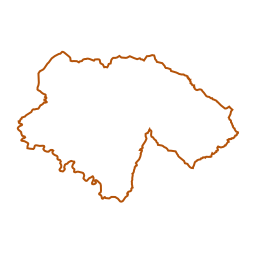 outline of Thaba-Mokhele, Mohale's Hoek, Lesotho, rotated 272°
{"feature_id": "5366337B93418008192528", "entity_name": "Thaba-Mokhele", "entity_type": "district", "adm_level": 2, "iso_a3": "LSO", "parent_name": "Lesotho", "parent_adm1": "Mohale's Hoek", "projection": "natural_earth1", "projection_center": [27.545, -30.078], "detail": "fine", "context": "isolated", "style": "outline", "palette": "amber", "viewbox_px": 256, "rotation_deg": 272, "n_neighbors": 0, "source": "geoboundaries", "source_scale": "gbopen_adm2", "svg_char_len": 5802}
<svg xmlns="http://www.w3.org/2000/svg" viewBox="0 0 256 256"><g transform="rotate(272 128 128)"><path d="M201.4,151.6L201.7,149.6L200.7,147.0L200.4,144.3L196.0,141.6L197.0,139.9L197.1,138.4L198.1,137.4L197.1,134.7L198.1,131.6L199.8,127.3L198.3,124.7L198.0,123.4L198.2,118.9L199.7,116.9L198.1,114.6L197.6,112.8L197.6,110.8L196.6,109.7L195.3,108.9L191.9,108.4L191.3,106.5L189.1,105.8L187.9,105.1L188.2,103.5L187.9,102.1L190.5,100.7L191.7,98.3L193.0,97.8L194.9,97.4L195.5,96.7L195.6,95.1L195.3,92.5L194.1,91.6L195.6,87.3L195.9,85.7L195.9,84.7L195.5,83.8L195.4,82.3L194.9,80.9L194.1,80.1L193.3,79.6L192.8,77.4L191.9,76.6L193.0,74.5L193.0,71.0L192.8,69.8L193.2,68.3L195.9,67.9L197.0,67.1L201.3,61.5L201.8,60.3L201.8,59.5L199.9,57.8L199.6,56.3L197.3,52.3L194.9,49.3L190.6,46.4L189.6,45.3L184.5,42.1L183.4,41.0L181.6,37.9L179.4,36.6L170.1,37.3L167.6,37.0L165.4,36.2L163.3,36.2L162.6,37.0L161.7,39.0L160.7,40.0L159.6,41.5L158.8,43.3L158.7,44.0L158.3,44.5L156.4,44.6L156.3,44.1L156.0,43.9L155.6,44.3L155.6,45.2L155.2,45.4L154.8,45.2L154.5,44.6L153.5,44.4L153.4,43.4L153.1,43.4L152.7,44.8L151.8,45.1L151.1,45.9L150.8,45.7L150.7,44.3L150.4,44.1L150.7,43.4L150.5,43.1L149.1,42.1L147.9,40.5L147.8,40.0L147.3,39.5L144.5,38.0L144.1,37.5L143.8,35.6L143.3,34.1L143.4,33.0L143.2,32.4L142.4,31.6L140.6,30.8L137.3,25.9L136.4,25.0L135.9,24.7L134.7,21.5L133.5,21.3L133.1,20.4L132.7,20.2L131.0,19.7L131.0,18.8L130.9,18.5L129.4,18.8L128.9,19.4L128.1,21.7L127.6,22.0L127.1,21.8L126.1,19.7L125.2,18.6L124.4,18.0L123.5,17.9L122.5,18.5L120.9,20.6L120.1,21.4L118.9,21.5L116.8,22.4L116.4,23.0L115.8,25.1L115.0,25.5L114.2,24.5L114.0,23.4L112.9,22.3L112.1,21.8L111.8,21.9L111.5,22.4L111.2,25.0L109.5,28.4L109.0,28.8L108.3,28.8L106.3,28.2L104.3,28.2L103.9,30.8L103.7,34.1L104.5,34.9L106.7,35.4L107.1,35.7L107.4,36.1L107.5,37.4L107.0,40.3L107.3,43.7L107.1,44.7L106.5,45.0L105.7,44.9L104.5,44.2L103.8,44.2L102.4,45.4L101.9,46.6L101.5,48.0L101.6,49.5L102.5,50.3L103.4,51.7L103.4,53.3L102.8,54.1L101.5,53.3L100.6,53.4L99.6,54.0L98.5,55.6L97.6,57.9L96.9,58.5L95.5,58.7L94.9,58.5L94.3,58.8L93.8,59.6L93.8,60.6L93.5,61.3L92.7,61.6L92.3,62.0L90.4,61.4L89.6,62.1L88.5,62.6L86.5,62.6L84.3,61.1L83.8,61.0L82.6,61.9L82.6,62.7L82.3,64.4L82.9,65.1L84.3,66.2L85.4,66.2L85.7,65.8L86.5,65.6L89.1,66.3L89.9,67.4L90.3,68.7L91.6,69.6L93.0,72.0L93.1,72.6L92.6,74.1L92.5,75.4L91.5,75.6L89.8,74.3L87.7,73.6L87.1,73.7L86.2,74.2L85.1,75.7L84.4,75.9L82.6,75.6L82.1,75.9L81.9,77.0L82.5,78.6L82.6,79.7L81.8,83.7L81.4,84.7L80.3,85.5L78.8,85.9L76.2,85.2L75.7,85.5L74.0,87.3L73.7,88.0L73.8,88.7L76.7,91.2L77.0,92.2L78.5,94.3L78.4,94.6L77.0,95.3L75.3,95.3L71.7,93.9L70.7,94.3L70.6,95.8L71.1,97.0L71.7,97.7L72.2,97.9L73.8,96.9L74.4,97.0L74.8,97.8L74.2,99.1L71.6,102.1L71.0,102.5L69.5,102.9L64.2,103.2L62.8,102.9L61.8,101.7L61.1,101.4L60.5,101.8L60.1,102.9L59.7,103.4L58.8,103.9L56.8,104.4L56.5,104.9L56.5,105.4L58.1,106.9L58.0,107.5L57.2,107.9L57.0,111.1L57.0,111.7L58.5,113.8L58.6,115.2L58.6,117.6L57.0,120.4L54.5,122.6L54.2,123.4L54.2,123.9L54.3,124.4L55.0,125.5L58.8,127.9L60.3,129.9L61.5,130.2L61.6,129.7L62.2,129.5L62.5,129.8L62.9,129.7L63.1,130.1L63.8,130.2L64.3,130.7L65.0,132.8L65.8,133.4L66.5,133.6L67.2,133.4L68.2,133.9L68.6,134.7L69.9,134.2L70.9,134.2L71.5,133.9L73.8,133.8L74.6,133.6L76.4,134.1L78.2,134.0L81.3,134.4L82.5,134.0L83.0,134.7L84.4,135.3L86.2,135.5L87.9,136.1L89.1,136.1L89.8,136.9L90.4,137.0L90.9,138.1L91.8,138.0L93.2,137.1L94.1,137.7L97.0,140.2L99.8,141.3L102.5,141.8L103.0,141.5L105.3,142.6L106.2,142.7L106.4,140.7L107.3,141.2L107.5,141.9L108.4,142.7L108.6,143.3L109.1,143.4L110.1,142.9L110.7,143.0L115.3,145.8L117.8,146.8L118.3,146.8L120.4,145.9L122.7,145.8L123.5,147.0L123.6,147.9L125.0,148.5L125.5,149.1L126.5,149.1L127.4,149.6L126.8,149.8L126.5,150.8L125.6,151.5L122.0,151.3L120.9,151.5L120.1,151.9L119.4,153.5L118.3,154.1L117.2,155.3L116.4,156.5L115.3,156.8L114.5,157.4L114.0,158.2L112.2,158.5L111.7,162.4L111.2,163.6L110.2,164.9L109.6,166.5L108.5,167.9L106.8,169.0L106.8,171.8L106.3,176.4L103.2,178.3L102.8,178.8L101.7,179.2L100.9,180.0L97.0,185.2L94.8,186.1L94.2,188.7L93.0,189.5L91.1,191.2L90.3,192.7L90.2,194.3L91.6,194.5L92.6,195.1L96.0,196.0L96.8,196.6L97.3,197.7L98.2,198.3L98.8,199.7L99.2,201.6L100.2,202.1L100.5,203.5L101.2,203.9L101.4,205.6L101.0,206.3L101.9,207.0L102.0,207.7L101.9,210.2L102.2,210.8L102.0,211.4L102.4,212.3L103.5,212.3L105.7,213.1L105.0,213.9L105.4,215.0L106.7,216.1L107.1,217.1L108.2,217.1L108.6,218.4L109.2,218.7L111.3,217.9L112.6,218.6L112.6,219.1L112.2,219.6L112.2,220.3L111.8,221.5L112.6,224.2L113.3,225.0L114.0,225.4L113.9,226.1L116.7,227.8L117.3,228.3L117.7,229.1L119.3,227.9L119.6,227.9L120.0,229.5L120.5,229.5L120.6,230.5L120.5,231.1L120.6,231.7L121.3,231.8L121.5,232.5L121.5,233.6L122.5,234.7L123.1,234.8L124.2,235.5L124.2,236.2L124.8,236.9L125.7,237.0L126.6,238.0L127.5,238.1L128.3,236.1L130.2,234.7L131.2,234.6L131.7,233.7L132.9,232.8L133.8,232.8L134.1,232.4L136.5,231.5L137.1,230.8L138.6,230.7L139.3,230.3L140.1,229.1L141.5,228.7L141.9,228.3L145.3,229.9L148.2,230.4L149.9,231.7L151.6,229.6L152.3,229.0L152.9,228.4L151.3,226.2L150.9,225.1L150.9,224.2L153.9,220.1L157.1,216.7L157.3,216.2L158.3,215.5L159.4,212.9L159.7,211.6L160.7,211.1L160.7,209.7L161.9,208.1L162.1,206.3L162.7,205.1L165.9,202.6L167.5,201.0L168.5,200.4L169.0,199.5L169.1,198.1L168.3,195.7L168.6,194.6L169.7,193.2L171.1,193.0L171.2,192.5L172.9,192.6L173.0,190.8L174.6,189.9L174.6,189.3L174.9,188.9L176.4,189.0L176.9,188.5L178.2,188.6L178.0,187.9L179.4,187.4L179.2,186.8L179.8,186.3L180.6,186.2L180.7,185.7L181.7,185.7L182.2,184.7L182.7,182.6L183.3,182.0L183.5,181.1L183.3,180.1L183.8,177.2L184.5,175.9L185.2,174.1L186.5,169.0L188.3,168.4L189.2,165.3L189.3,163.7L190.0,163.0L191.2,162.5L194.0,160.0L195.1,154.5L196.6,153.9L197.5,152.9L198.2,152.6L199.8,152.2L201.4,151.6Z" fill="none" stroke="#b45309" stroke-width="2"/></g></svg>